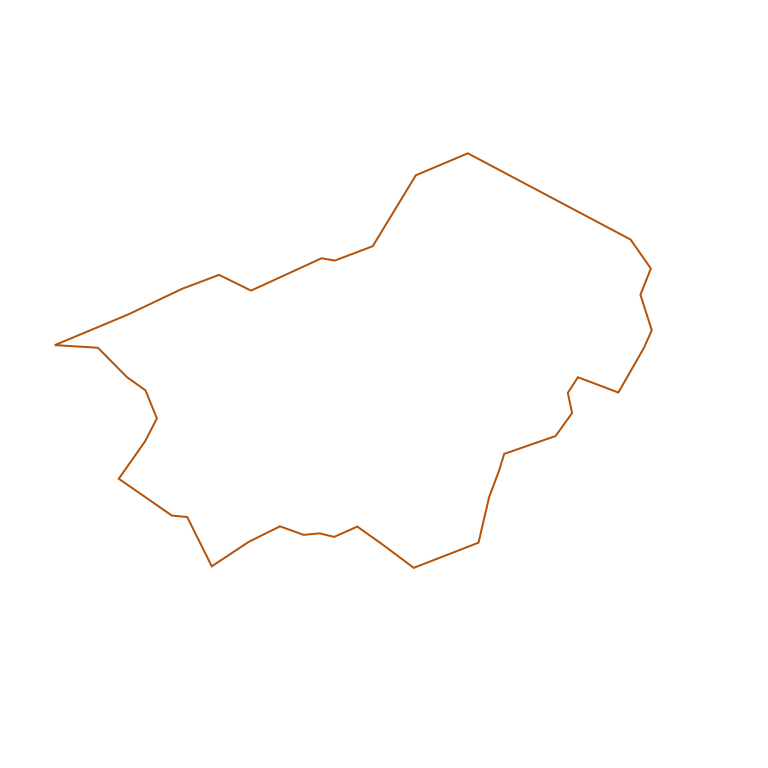 Krujë, Durrës, Albania, rotated 338°
{"feature_id": "67620474B91291617478666", "entity_name": "Krujë", "entity_type": "district", "adm_level": 2, "iso_a3": "ALB", "parent_name": "Albania", "parent_adm1": "Durrës", "projection": "robinson", "projection_center": [19.708, 41.488], "detail": "fine", "context": "isolated", "style": "outline", "palette": "amber", "viewbox_px": 768, "rotation_deg": 338, "n_neighbors": 0, "source": "geoboundaries", "source_scale": "gbopen_adm2", "svg_char_len": 668}
<svg xmlns="http://www.w3.org/2000/svg" viewBox="0 0 768 768"><g transform="rotate(338 384 384)"><path d="M93.3,224.6L132.3,243.2L148.2,281.2L160.5,300.7L160.5,330.9L140.9,347.7L102.6,372.5L138.0,426.5L151.7,433.6L156.0,488.5L199.4,479.7L234.2,477.0L253.0,493.8L268.2,498.3L280.5,507.1L305.8,506.2L321.7,531.0L342.7,565.6L412.2,566.5L439.0,528.4L458.5,507.1L469.3,493.8L523.6,496.5L547.5,481.4L551.1,461.1L566.3,450.4L598.1,479.7L638.6,447.8L652.4,434.5L655.2,397.3L674.7,376.9L666.7,342.4L548.1,201.5L491.7,202.4L425.2,252.0L384.7,251.1L373.1,244.0L295.7,247.6L271.9,221.0L232.8,220.1L172.1,223.7L93.3,224.6Z" fill="none" stroke="#b45309" stroke-width="2"/></g></svg>